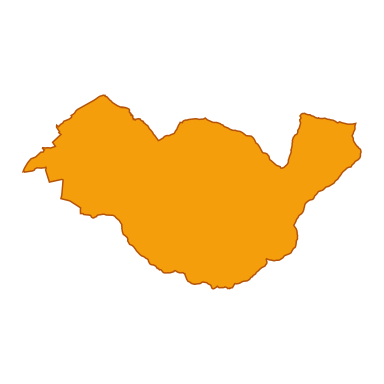 Ojdula, Covasna, Romania
{"feature_id": "2599482B36842816770363", "entity_name": "Ojdula", "entity_type": "district", "adm_level": 2, "iso_a3": "ROU", "parent_name": "Romania", "parent_adm1": "Covasna", "projection": "orthographic", "projection_center": [26.315, 45.972], "detail": "fine", "context": "isolated", "style": "filled", "palette": "amber", "viewbox_px": 384, "rotation_deg": 0, "n_neighbors": 0, "source": "geoboundaries", "source_scale": "gbopen_adm2", "svg_char_len": 6051}
<svg xmlns="http://www.w3.org/2000/svg" viewBox="0 0 384 384"><path d="M291.1,252.7L291.4,251.9L293.2,248.9L293.9,248.2L295.0,247.5L295.4,246.9L296.0,244.5L296.4,240.6L297.3,239.4L297.5,238.7L297.4,237.2L297.6,235.8L297.1,233.4L297.1,232.4L296.8,230.4L296.4,229.6L296.4,229.4L296.1,228.7L293.9,225.7L293.9,225.1L295.7,221.8L296.6,219.2L297.9,217.8L298.7,216.0L299.1,215.4L301.4,213.8L302.7,212.3L303.8,209.7L303.9,208.6L304.5,206.6L304.8,204.7L305.2,203.9L306.3,202.6L307.8,201.3L309.9,200.0L312.1,199.6L313.3,198.9L313.8,198.1L314.8,195.8L316.5,194.3L318.4,191.6L322.3,190.3L323.2,189.8L326.0,187.0L328.7,186.4L334.0,183.1L335.3,181.0L337.8,179.1L338.9,177.3L340.5,175.3L342.0,172.9L342.9,171.8L345.4,169.7L347.1,168.0L349.0,167.2L350.9,167.0L351.6,165.9L352.2,164.7L353.8,163.5L355.2,161.4L358.2,159.7L359.7,158.1L360.1,157.3L360.5,155.6L360.4,153.9L360.9,152.6L361.0,151.6L360.6,149.8L360.0,148.9L358.9,148.2L358.0,146.9L357.6,146.8L355.9,144.8L353.6,141.1L353.4,140.4L353.2,138.0L352.1,135.9L352.2,135.5L353.2,133.6L353.5,132.2L354.9,129.4L355.0,128.1L354.8,126.4L355.7,123.4L352.6,124.1L348.1,124.2L342.1,122.8L339.6,121.8L338.1,122.7L337.4,122.8L334.8,121.0L334.3,120.9L333.1,120.2L330.3,119.8L329.5,119.4L327.5,119.3L325.3,118.3L324.5,118.2L323.0,118.5L321.0,118.5L319.6,118.4L318.5,117.8L318.0,118.3L317.6,118.2L315.3,117.5L313.6,116.3L311.6,115.8L309.9,114.7L308.1,114.8L305.5,113.9L304.7,113.3L304.0,113.5L302.5,113.5L301.4,114.1L300.0,115.9L300.0,116.2L300.8,117.2L300.9,117.7L300.8,118.5L299.8,119.6L299.9,121.1L300.6,122.7L300.6,123.1L299.2,128.1L297.8,130.3L297.7,132.4L297.4,133.3L296.7,134.3L295.4,134.9L294.6,135.5L294.0,136.8L293.4,137.3L293.2,137.9L292.3,140.8L292.6,141.8L292.2,143.0L292.1,145.6L291.9,146.7L291.3,149.3L290.9,150.0L291.2,150.3L291.2,150.8L291.1,152.2L290.9,153.0L289.5,156.5L288.9,158.8L288.4,159.8L288.3,162.3L287.3,164.3L284.4,167.0L283.5,167.7L281.3,168.2L281.0,168.1L280.5,167.5L280.2,166.7L276.4,165.3L271.0,160.5L270.1,160.0L269.6,159.2L268.9,156.2L268.0,155.3L267.4,154.3L266.6,153.7L265.0,153.1L263.2,152.9L262.4,152.3L259.3,146.5L257.6,144.1L256.0,143.1L254.5,139.8L253.5,138.2L251.6,136.4L251.0,136.1L246.3,135.7L242.5,132.7L240.0,131.4L237.1,131.0L235.2,130.3L233.2,130.4L230.4,129.5L228.2,128.1L224.1,126.5L223.0,125.1L221.2,124.5L220.3,123.7L216.8,122.5L213.2,122.4L212.6,122.2L207.4,119.9L205.2,118.0L204.2,118.7L202.8,119.2L202.2,119.1L199.3,119.4L195.8,118.7L188.7,119.5L186.9,120.1L185.5,120.1L183.8,120.7L183.1,121.2L182.3,122.7L181.3,122.4L180.1,122.4L180.0,123.0L178.5,125.3L177.7,127.3L177.3,127.9L177.1,128.9L175.3,131.3L174.7,132.7L174.0,133.5L170.9,134.7L169.2,135.6L167.1,135.5L165.1,136.1L164.2,136.7L163.5,137.7L159.6,140.1L158.3,140.6L158.0,140.0L154.5,135.2L153.5,134.3L152.6,132.4L150.5,129.8L149.4,128.8L147.7,125.7L145.4,124.2L145.0,123.5L144.2,123.0L143.7,122.8L143.6,122.7L143.7,122.1L143.1,121.3L142.9,121.1L142.4,121.4L142.1,120.9L141.5,120.7L140.4,119.7L140.2,119.1L139.9,118.8L139.2,119.0L138.4,118.7L136.5,119.1L135.9,119.3L135.5,119.9L135.0,119.4L134.6,119.6L134.3,119.2L133.4,119.5L133.2,118.9L133.4,118.3L132.8,117.9L132.6,117.3L132.6,116.7L132.9,116.3L132.8,115.9L132.1,115.7L132.1,115.2L131.5,115.3L131.0,115.1L131.3,114.6L131.3,114.2L131.0,113.9L130.7,113.9L130.5,113.0L129.8,112.8L129.5,112.4L129.3,111.7L129.5,111.3L129.4,110.7L129.5,110.0L129.2,109.3L127.3,108.2L126.3,108.1L126.0,107.7L125.6,107.7L124.8,107.4L124.2,107.7L124.1,107.4L122.8,107.1L122.6,107.1L122.2,107.6L121.3,107.0L121.0,107.4L119.3,106.5L117.5,105.8L112.5,102.6L110.7,100.6L109.8,100.1L107.1,97.0L106.4,96.6L105.2,96.4L105.1,95.4L102.9,95.2L102.2,95.7L100.6,96.0L99.1,96.7L94.3,100.1L77.5,109.5L76.0,110.8L74.6,113.1L73.2,114.3L71.1,115.5L71.7,116.7L71.4,117.5L69.0,119.2L63.8,121.3L62.7,123.2L61.0,124.1L59.5,125.5L58.6,126.7L56.7,125.2L56.5,126.9L56.7,127.4L59.0,131.0L59.6,131.7L58.8,132.7L61.0,134.4L52.6,142.3L55.4,146.4L50.6,148.0L47.4,147.7L45.8,148.0L42.7,147.7L42.5,148.3L43.9,149.8L44.3,149.9L43.1,152.1L40.8,152.2L35.7,157.0L31.0,158.8L28.4,161.9L27.2,163.6L24.5,168.2L23.0,171.8L24.5,171.6L24.7,172.1L32.7,170.9L34.3,170.1L34.9,168.9L36.9,167.8L41.5,168.1L43.3,167.8L44.2,167.9L45.9,167.2L46.2,168.3L45.7,169.5L45.6,170.1L49.4,182.1L61.8,179.4L63.1,180.0L61.8,195.0L60.9,198.6L69.9,200.9L80.7,207.9L80.4,209.1L80.5,213.6L82.9,213.6L83.7,214.5L90.1,215.2L90.8,215.7L91.3,216.8L91.7,217.3L93.1,218.0L94.0,217.8L95.2,217.0L96.5,216.6L96.8,215.9L98.0,215.0L100.5,214.7L103.2,214.2L104.1,214.2L106.2,215.0L113.1,215.3L114.8,216.3L116.5,218.2L119.4,220.6L120.2,222.1L121.4,224.0L121.8,224.4L121.7,225.7L122.0,227.3L121.8,228.5L122.1,229.2L122.2,230.7L122.5,232.0L123.2,234.1L123.5,234.6L124.2,234.9L127.3,237.6L127.9,239.3L127.7,239.8L127.8,241.2L128.4,242.1L129.6,244.4L132.1,245.4L133.5,246.6L135.7,249.5L136.3,250.6L139.9,254.5L141.5,255.8L143.4,256.5L144.7,257.2L145.6,258.1L147.5,259.0L148.4,260.2L148.5,261.3L149.6,263.4L150.4,264.3L152.0,264.8L153.4,264.9L154.8,265.6L155.9,266.3L157.3,268.5L158.1,268.3L159.5,269.9L160.1,269.7L161.0,269.8L163.4,272.6L164.8,272.9L170.1,272.8L173.8,271.7L174.4,270.7L175.4,270.7L177.0,271.8L179.4,272.8L181.9,272.8L182.8,272.6L184.4,273.7L184.8,273.7L184.9,274.5L186.8,279.4L188.0,281.3L190.0,282.2L191.1,283.2L192.1,283.7L194.9,284.3L196.7,283.9L199.2,283.7L200.5,283.4L202.1,282.2L202.9,282.0L206.8,282.7L208.3,284.0L210.3,284.8L211.0,285.7L211.9,288.1L212.6,288.7L213.6,288.8L214.3,288.5L216.5,287.1L217.3,286.2L217.9,286.6L218.4,287.4L219.2,287.7L223.8,287.6L225.0,286.9L226.9,287.6L227.8,288.6L229.4,288.2L229.7,288.6L231.1,287.8L232.2,287.8L232.5,287.6L234.8,283.6L235.1,283.5L235.9,283.9L238.2,283.6L240.0,283.0L241.9,281.9L243.3,281.3L247.4,280.8L249.6,279.3L251.0,277.3L252.5,276.7L253.0,275.6L255.6,273.9L256.3,272.4L258.6,270.6L260.1,269.0L262.0,267.5L264.4,266.4L265.2,265.8L265.7,264.7L266.5,263.8L266.9,262.9L266.9,261.9L266.3,259.9L266.3,259.2L266.5,258.8L269.7,260.0L271.4,260.1L273.9,260.8L276.1,260.3L278.8,260.2L279.7,259.9L282.8,257.9L284.5,255.7L289.6,253.7L291.1,252.7Z" fill="#f59e0b" stroke="#b45309" stroke-width="1.5"/></svg>